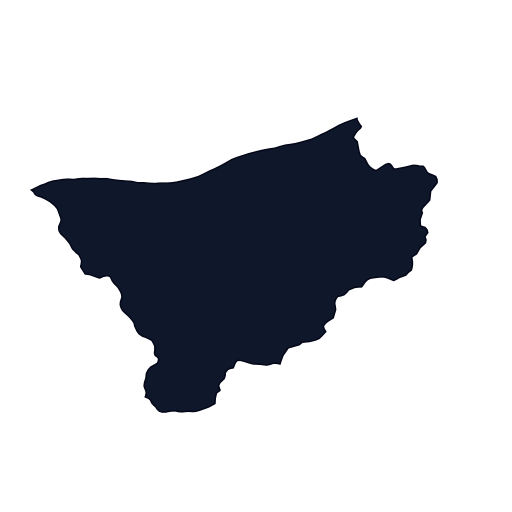 Khop, Xaignabouri, Laos (Equal Earth projection), rotated 253°
{"feature_id": "54806243B3164582254678", "entity_name": "Khop", "entity_type": "district", "adm_level": 2, "iso_a3": "LAO", "parent_name": "Laos", "parent_adm1": "Xaignabouri", "projection": "equal_earth", "projection_center": [100.561, 19.666], "detail": "fine", "context": "isolated", "style": "filled", "palette": "ink", "viewbox_px": 512, "rotation_deg": 253, "n_neighbors": 0, "source": "geoboundaries", "source_scale": "gbopen_adm2", "svg_char_len": 4294}
<svg xmlns="http://www.w3.org/2000/svg" viewBox="0 0 512 512"><g transform="rotate(253 256 256)"><path d="M358.1,392.8L358.0,390.9L357.9,387.9L357.7,384.3L357.4,379.7L356.6,373.2L355.4,367.8L354.6,363.4L353.6,358.7L353.1,354.1L352.4,350.3L351.4,343.4L351.5,337.7L351.6,332.3L351.9,326.6L352.8,320.0L353.4,316.6L353.6,311.0L353.6,305.1L354.2,301.7L354.8,297.0L355.3,291.7L355.6,286.6L355.9,279.2L355.8,272.3L355.7,266.4L355.3,261.0L353.9,255.0L353.9,254.8L353.8,254.6L352.5,248.4L351.4,241.6L350.9,237.0L349.7,230.1L348.8,224.1L348.8,216.1L349.3,208.6L349.8,201.9L350.7,196.2L351.7,192.2L353.7,185.7L354.9,180.3L356.8,175.0L358.9,170.0L360.6,164.3L363.6,159.0L365.8,153.2L368.3,146.9L371.0,140.9L373.6,135.9L375.8,128.7L377.5,124.2L379.5,116.9L380.8,113.1L381.8,108.3L382.4,104.1L384.4,98.8L385.6,93.6L386.4,87.7L387.0,83.6L387.0,79.0L386.5,75.0L386.4,70.6L385.7,66.6L385.3,63.9L384.9,61.7L384.8,60.5L383.8,61.2L382.7,61.8L381.9,62.4L380.6,62.4L379.7,62.8L378.8,63.3L378.1,63.9L376.9,65.3L375.4,67.6L374.9,68.2L374.3,68.9L372.8,70.6L371.0,72.4L368.7,74.5L367.4,75.5L364.7,77.3L362.5,78.6L359.2,79.9L356.8,80.1L354.8,80.2L353.5,80.2L352.6,80.3L350.9,80.4L349.3,80.5L347.1,80.1L345.4,79.0L343.6,77.5L343.0,76.9L342.4,76.5L341.8,76.0L340.7,75.6L339.2,75.3L338.1,75.1L337.1,75.1L336.1,75.4L334.6,75.7L333.2,76.5L330.8,77.8L329.2,78.8L327.9,79.3L326.3,80.0L324.0,80.9L322.6,81.5L321.1,81.8L320.0,82.1L318.8,82.1L318.2,82.3L317.5,82.4L315.6,83.0L315.4,83.1L314.7,83.6L311.6,85.1L310.7,85.8L309.5,86.7L308.2,87.2L306.6,87.4L305.6,87.7L303.6,87.8L302.4,87.8L300.9,87.2L299.1,86.4L297.8,85.5L296.8,85.2L288.8,87.4L286.8,91.7L280.7,99.9L281.2,104.1L280.8,107.6L279.7,109.8L278.5,110.7L274.3,111.3L271.6,112.2L266.4,114.9L264.3,115.4L261.5,116.1L258.8,116.3L256.1,115.9L254.8,115.1L251.6,112.9L248.9,111.9L245.8,111.9L242.9,112.5L240.3,113.9L235.6,116.7L232.7,118.1L229.0,119.5L227.4,119.8L224.3,119.6L218.9,120.3L215.8,121.4L212.6,123.9L210.4,126.9L208.8,128.7L208.7,128.8L205.7,131.8L202.4,132.5L199.4,132.9L196.0,131.9L192.7,130.5L190.4,130.5L188.1,132.3L186.2,132.9L183.5,131.5L182.3,130.3L181.6,127.7L180.6,123.0L178.8,119.9L175.9,117.0L171.3,115.0L167.9,112.6L164.5,111.0L162.4,111.0L159.0,111.3L156.7,110.9L153.6,108.9L151.3,111.7L148.9,113.1L146.2,113.3L143.5,114.5L141.0,116.0L138.4,116.8L136.0,118.1L134.2,120.6L133.2,123.9L132.9,127.3L132.4,130.5L131.3,133.9L129.7,136.8L128.5,140.1L127.9,143.4L127.1,146.6L125.8,149.9L125.1,153.0L125.0,156.5L125.3,163.2L125.5,166.7L126.2,170.2L126.9,173.6L132.0,175.5L136.6,178.2L137.7,181.5L138.2,182.4L140.0,182.3L142.9,182.3L145.2,184.2L148.1,189.8L150.7,191.6L153.4,192.5L155.1,194.9L155.8,195.8L156.0,198.5L155.7,201.5L160.1,205.1L161.5,207.4L161.4,208.4L160.9,210.4L158.8,213.9L156.9,216.6L155.0,219.4L153.5,222.0L152.4,225.2L151.2,228.4L149.8,231.6L148.6,234.2L148.3,237.8L148.4,241.2L147.3,244.5L145.7,247.4L148.1,249.0L152.9,252.6L154.6,254.7L154.6,254.8L154.8,255.0L157.0,257.8L158.7,259.9L158.6,266.3L158.5,271.4L160.0,275.1L159.3,278.6L158.6,282.2L158.4,285.7L158.3,288.7L158.7,292.3L160.1,295.1L163.3,300.6L166.3,299.8L169.3,299.9L171.3,302.5L172.5,305.3L174.3,311.8L181.5,316.5L184.5,317.0L187.3,317.3L189.8,318.4L191.9,320.2L193.5,322.4L193.1,325.4L193.2,328.9L194.7,332.0L196.5,334.8L197.1,341.2L196.5,344.6L195.6,348.0L199.3,352.8L200.8,355.7L201.3,358.9L200.8,362.5L200.2,366.0L199.5,369.3L198.4,372.6L196.7,375.2L194.5,377.9L192.3,380.5L192.8,383.6L193.6,387.0L193.7,390.1L193.9,393.6L195.8,396.8L197.1,400.4L199.5,401.9L202.1,403.1L204.7,403.9L207.5,404.3L208.7,404.4L208.7,404.5L208.8,404.5L209.7,405.1L211.0,410.0L215.9,415.3L219.0,421.9L221.7,423.3L225.2,423.2L228.1,427.1L231.2,427.2L233.9,426.0L235.7,423.3L237.0,422.1L242.9,423.6L248.6,427.7L251.4,427.6L253.6,429.7L257.5,436.5L258.8,438.5L267.0,442.0L271.0,447.7L273.1,450.6L276.0,451.5L279.5,451.1L282.1,448.2L283.9,445.8L285.7,444.2L291.4,442.9L293.0,442.0L293.9,439.1L295.6,436.0L296.8,432.8L297.3,424.3L298.2,415.8L298.3,414.7L299.4,413.1L303.3,411.9L305.0,410.9L305.7,409.5L305.6,406.5L302.5,395.9L304.1,393.8L307.5,391.1L310.8,389.7L314.7,389.0L317.4,388.5L319.7,386.5L322.1,385.1L326.1,385.1L335.8,386.2L339.0,384.4L341.1,383.7L344.6,387.5L346.3,390.0L347.6,393.0L349.0,394.6L352.3,393.4L356.5,392.5L358.1,392.8Z" fill="#0f172a" stroke="#020617" stroke-width="1.5"/></g></svg>